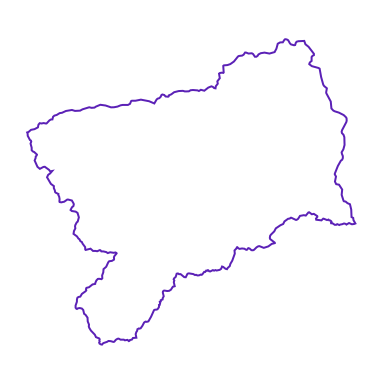 outline of Wiang Haeng, Chiang Mai, Thailand, rotated 267°
{"feature_id": "78962969B7919443073528", "entity_name": "Wiang Haeng", "entity_type": "district", "adm_level": 2, "iso_a3": "THA", "parent_name": "Thailand", "parent_adm1": "Chiang Mai", "projection": "mercator", "projection_center": [98.614, 19.591], "detail": "fine", "context": "isolated", "style": "outline", "palette": "violet", "viewbox_px": 384, "rotation_deg": 267, "n_neighbors": 0, "source": "geoboundaries", "source_scale": "gbopen_adm2", "svg_char_len": 5898}
<svg xmlns="http://www.w3.org/2000/svg" viewBox="0 0 384 384"><g transform="rotate(267 192 192)"><path d="M260.1,30.5L259.0,30.9L256.7,30.9L252.4,32.9L251.8,33.8L250.7,34.1L248.8,33.3L244.7,34.2L242.0,34.1L240.6,35.5L240.2,36.5L237.5,39.1L236.6,38.8L235.6,37.8L234.1,37.6L231.7,36.5L225.2,39.0L223.1,41.3L224.8,44.9L224.9,46.3L221.6,50.4L220.0,51.5L220.3,53.5L217.9,51.2L216.7,49.3L214.3,48.0L207.5,51.5L205.1,54.4L203.2,54.2L200.8,55.1L199.1,55.3L198.5,55.8L197.0,58.5L196.2,58.3L194.3,59.1L191.9,59.4L189.7,59.1L188.9,59.3L188.5,60.9L189.0,63.9L190.9,66.9L191.0,67.7L189.8,71.6L186.6,73.2L185.7,73.3L184.1,72.8L183.0,71.3L180.4,69.8L179.3,71.0L178.5,74.8L177.1,76.6L172.6,77.7L168.4,76.3L167.7,75.3L165.0,73.7L163.8,73.4L161.8,73.6L159.2,72.1L156.4,71.5L153.7,74.8L151.5,76.1L150.7,77.1L148.7,78.0L147.8,79.4L146.2,80.0L142.6,82.4L140.1,82.4L139.7,82.8L140.7,87.7L138.3,90.1L138.2,92.7L137.8,94.2L138.8,96.9L138.6,97.5L137.4,98.4L137.3,100.4L136.5,103.2L135.4,104.7L136.1,107.1L135.4,110.5L135.6,112.5L135.0,113.4L134.6,113.5L132.0,111.1L130.9,110.6L129.2,110.7L128.5,110.5L127.4,108.4L127.2,105.7L126.2,104.7L121.8,102.4L119.6,99.6L116.4,99.2L113.4,97.9L110.5,97.9L109.7,97.1L110.2,94.6L110.1,93.4L108.7,91.9L106.3,90.7L105.3,90.5L104.9,87.8L102.3,84.2L101.8,81.6L100.5,81.0L99.4,81.3L98.5,80.6L96.0,76.7L93.4,75.0L93.1,73.2L92.5,72.1L90.9,71.5L88.4,71.3L84.7,69.8L82.5,69.7L81.4,70.5L81.2,71.0L81.8,72.0L82.0,73.8L81.4,75.9L79.9,77.2L76.0,77.9L75.0,79.2L72.0,81.1L68.2,81.1L65.0,82.2L63.1,81.9L61.7,82.3L58.9,83.8L54.6,87.5L52.1,88.5L50.6,91.7L49.7,92.1L48.6,91.7L47.4,92.0L46.6,91.4L45.5,91.7L44.7,92.8L44.3,94.1L45.7,95.5L46.8,99.3L47.6,100.8L47.3,103.1L46.4,105.6L46.6,106.6L48.3,108.1L49.3,109.9L49.4,111.1L48.3,112.9L48.1,116.2L47.4,117.2L47.7,119.8L46.4,121.1L46.6,121.7L47.3,122.0L47.8,124.3L49.3,125.4L49.4,128.8L53.0,128.3L55.1,129.1L56.3,130.0L57.8,130.3L58.5,131.7L58.3,132.3L58.6,133.6L61.0,135.5L64.1,137.3L64.7,138.2L65.0,138.8L64.7,140.0L65.1,141.7L69.6,144.6L76.0,147.9L76.4,148.8L76.4,150.4L76.7,151.4L78.6,152.9L80.2,153.1L80.5,153.5L81.1,153.3L81.3,153.9L82.3,154.3L84.1,154.1L84.3,155.1L85.6,155.2L86.2,157.0L87.5,157.2L89.4,158.3L93.0,157.6L94.2,157.8L94.9,158.6L95.0,159.4L94.4,162.1L94.5,164.0L95.5,165.8L98.4,167.9L98.8,169.8L103.0,169.1L104.5,169.7L105.8,169.1L106.7,169.6L108.1,171.3L111.2,172.4L111.4,173.7L110.6,174.8L110.6,176.3L107.4,179.8L107.2,181.3L110.4,183.1L110.8,183.8L110.9,184.7L110.0,188.9L108.9,190.7L109.1,191.7L108.4,193.0L108.4,194.6L109.1,196.6L108.8,197.2L109.1,197.9L111.6,200.0L111.5,201.0L112.8,202.1L112.5,202.9L113.1,203.6L113.0,204.2L112.0,204.9L111.7,206.0L112.9,208.8L112.3,209.9L112.8,211.3L112.3,212.5L112.8,215.6L113.8,217.1L116.0,218.1L115.5,219.3L113.6,221.4L113.1,222.9L114.3,223.7L116.0,225.8L118.3,226.6L121.3,228.6L128.2,231.5L131.4,231.4L133.3,233.4L134.4,233.9L134.5,234.4L133.3,235.4L132.7,236.6L133.0,239.0L132.6,241.4L131.6,242.8L131.4,243.5L131.6,244.1L132.9,245.1L133.0,245.5L132.5,246.6L130.8,248.3L130.6,249.8L131.0,250.9L133.4,253.6L134.3,255.3L134.4,256.5L132.5,260.7L132.6,261.3L133.7,265.4L136.0,268.9L136.6,272.0L137.1,272.0L140.9,267.6L142.0,267.3L144.1,267.7L145.2,268.5L148.4,272.1L151.3,273.8L154.2,278.6L155.3,281.4L157.8,282.8L160.2,286.5L160.4,288.3L161.1,289.2L161.1,289.8L158.7,294.3L158.7,295.0L159.6,296.5L162.5,298.6L163.0,302.5L162.5,304.4L165.5,307.2L165.6,308.0L163.5,310.5L163.8,312.5L161.4,315.8L160.7,315.9L158.9,314.4L157.8,314.6L156.9,319.8L158.5,321.6L158.5,322.0L156.9,325.4L157.3,326.9L156.5,327.5L156.3,328.6L155.5,329.5L154.8,329.8L154.1,329.2L153.5,329.3L153.3,330.8L151.8,332.8L151.7,334.3L152.3,335.3L151.3,337.4L151.7,338.2L152.0,340.4L152.6,342.2L152.1,343.8L151.4,344.5L152.8,347.2L151.4,350.0L151.6,352.3L152.0,353.5L155.4,351.8L157.7,351.6L158.6,350.0L166.1,350.1L171.5,349.1L172.7,346.7L174.4,344.9L174.8,343.2L175.2,342.9L181.3,341.3L186.6,342.1L191.6,339.2L192.3,336.4L194.9,335.3L199.9,336.6L202.2,335.5L202.9,335.6L210.3,339.0L215.5,342.3L216.4,343.7L218.0,344.4L220.0,344.5L222.3,343.7L223.8,343.5L226.7,345.4L231.0,346.8L238.8,347.0L241.2,346.3L243.0,344.8L244.4,344.6L245.9,345.1L253.8,349.8L255.2,350.2L257.6,350.2L258.8,349.5L260.9,347.5L263.6,342.8L265.1,338.8L265.9,337.4L268.1,335.6L275.1,335.3L283.6,331.3L284.6,331.2L288.5,332.1L290.9,329.5L292.3,328.7L299.9,327.0L308.5,325.9L309.2,324.9L311.4,318.3L313.5,315.8L314.4,316.0L315.6,316.9L316.6,318.3L320.5,318.5L321.6,319.4L322.3,320.9L323.6,321.0L330.9,316.0L333.6,313.0L337.0,312.0L337.0,306.1L336.6,304.3L335.4,303.4L333.4,302.7L333.2,301.6L334.2,298.6L335.3,297.6L338.5,296.0L339.4,294.6L339.7,293.0L339.2,292.3L336.7,290.5L336.8,287.9L335.6,285.4L330.7,283.8L327.4,281.8L326.2,276.6L327.4,271.7L327.0,267.9L325.9,265.6L324.5,264.6L323.7,263.3L323.8,261.9L326.6,260.2L327.4,259.0L327.3,255.7L328.4,253.3L328.5,252.3L326.4,250.7L325.6,249.2L325.4,246.0L324.9,245.0L320.1,240.7L317.7,236.9L316.9,234.0L316.8,230.5L316.3,229.8L309.7,229.9L309.3,229.5L309.6,228.1L309.4,226.2L308.8,225.2L304.2,225.7L301.2,223.1L298.8,223.4L296.4,221.3L294.3,220.9L294.6,219.6L295.9,218.3L296.5,216.9L295.4,213.7L292.5,209.6L293.6,206.2L292.5,204.2L293.2,202.8L293.8,198.3L293.7,195.9L292.7,194.1L292.8,190.2L293.5,188.2L293.5,184.0L292.6,179.4L290.6,176.4L289.7,173.9L288.7,173.7L288.4,173.1L288.8,170.6L290.3,169.4L290.9,167.6L290.6,166.7L288.6,165.6L287.4,164.2L287.0,162.5L286.2,161.5L282.4,159.0L284.9,153.9L286.9,145.8L286.1,140.3L286.3,136.8L286.0,136.0L283.3,134.7L282.3,132.6L282.6,127.4L282.3,125.2L281.2,122.1L280.7,118.4L280.8,115.5L282.9,110.2L283.9,105.0L282.3,100.5L281.4,99.1L281.3,96.1L282.0,93.8L280.3,87.0L279.1,84.5L279.1,79.4L280.2,76.4L279.5,70.3L277.9,66.3L277.7,64.0L276.0,60.9L275.5,58.6L274.4,57.2L271.8,56.4L271.8,54.9L271.0,53.4L268.2,50.5L268.0,49.9L268.6,47.5L268.3,45.3L268.7,43.5L267.3,42.2L264.6,41.5L263.0,38.0L262.5,34.5L260.5,31.9L260.1,30.5Z" fill="none" stroke="#5b21b6" stroke-width="2"/></g></svg>